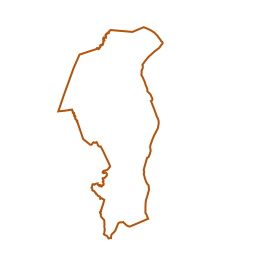 Pakxane, Bolikhamxai, Laos (Mercator projection), rotated 251°
{"feature_id": "54806243B37917799339304", "entity_name": "Pakxane", "entity_type": "district", "adm_level": 2, "iso_a3": "LAO", "parent_name": "Laos", "parent_adm1": "Bolikhamxai", "projection": "mercator", "projection_center": [103.742, 18.405], "detail": "fine", "context": "isolated", "style": "outline", "palette": "amber", "viewbox_px": 256, "rotation_deg": 251, "n_neighbors": 0, "source": "geoboundaries", "source_scale": "gbopen_adm2", "svg_char_len": 5157}
<svg xmlns="http://www.w3.org/2000/svg" viewBox="0 0 256 256"><g transform="rotate(251 128 128)"><path d="M35.2,69.9L35.3,70.4L33.1,72.7L32.1,73.2L30.5,73.5L29.8,73.8L29.8,74.8L29.8,76.1L29.7,76.2L31.3,76.9L32.7,77.9L33.2,78.8L33.9,80.7L35.3,82.8L40.2,87.0L41.1,87.9L41.4,88.8L41.4,89.7L41.3,90.1L41.0,90.6L40.9,90.8L40.8,92.2L40.6,92.9L39.4,93.3L37.8,94.3L36.4,95.0L35.1,96.2L34.2,97.7L35.6,117.5L40.9,117.2L41.9,116.8L47.1,118.6L50.3,119.8L53.2,121.1L54.6,122.0L56.5,123.5L59.0,125.2L60.2,125.9L60.7,126.4L62.4,127.5L63.3,127.9L66.8,128.7L67.3,128.7L67.6,128.7L67.8,128.6L68.6,128.1L71.5,127.6L75.7,127.6L77.1,127.8L79.7,128.0L80.2,128.5L81.1,129.0L81.8,129.1L83.0,129.1L85.7,130.8L89.1,133.2L93.7,136.4L93.6,137.0L93.8,137.9L94.5,138.6L96.5,140.3L98.6,141.8L99.5,142.1L100.2,142.3L101.1,142.4L102.3,142.6L104.0,143.3L105.9,144.7L109.4,147.5L112.8,150.6L118.2,156.3L121.9,158.3L123.5,158.9L125.2,159.3L127.6,159.3L129.6,159.0L136.9,158.9L144.3,158.6L146.1,158.5L146.3,159.8L146.7,160.2L147.5,160.5L149.0,160.5L152.6,160.1L153.2,159.9L156.2,158.3L157.1,158.5L158.5,159.0L163.1,158.7L166.8,158.8L171.6,158.3L173.1,158.1L173.8,157.9L176.0,158.9L177.1,159.3L177.7,159.4L178.9,160.7L180.1,161.5L181.7,162.2L182.9,162.1L184.0,163.5L186.1,166.6L188.7,170.8L191.7,177.9L193.7,183.9L195.4,186.0L196.3,187.8L197.2,188.5L198.3,188.4L199.4,187.6L200.7,187.4L205.7,185.8L209.5,184.0L212.8,181.5L215.9,178.3L218.2,175.6L217.4,163.5L226.3,143.4L225.6,142.1L225.5,141.4L225.3,141.0L225.2,140.9L225.1,141.3L224.5,141.0L224.2,140.9L224.0,140.6L224.1,140.3L224.1,140.2L224.2,139.9L224.0,139.6L224.0,139.3L224.2,139.1L224.0,138.9L224.1,138.6L223.9,138.4L224.0,138.1L223.9,138.0L223.7,137.9L223.4,137.9L223.3,137.7L223.5,137.5L223.4,137.3L223.2,137.4L222.9,137.2L222.8,136.9L222.3,136.9L221.8,137.1L221.5,137.0L221.2,136.9L221.2,136.2L220.8,136.2L220.7,136.2L220.9,135.8L220.8,135.6L220.9,135.4L221.3,135.0L221.5,134.7L221.4,134.4L221.2,134.0L221.0,133.9L220.7,134.0L220.4,133.9L220.1,133.5L219.9,133.5L219.7,133.7L219.6,134.2L219.1,134.2L219.6,133.5L219.6,133.4L218.8,133.2L218.7,133.4L218.6,133.7L218.6,133.8L218.4,133.8L218.2,133.6L218.2,133.4L218.0,133.1L217.7,132.7L217.3,132.6L216.6,132.6L216.1,131.8L215.5,131.7L215.2,131.5L214.9,131.2L214.8,130.9L214.9,130.7L215.2,130.6L215.3,130.6L215.4,130.4L215.2,129.9L214.7,129.7L214.8,129.4L215.0,129.3L215.2,129.1L215.3,129.0L215.2,128.8L215.1,128.6L214.5,128.6L214.3,128.4L214.1,128.3L213.9,128.1L213.6,128.1L213.4,127.9L213.6,127.5L213.5,127.2L213.3,127.1L213.0,126.9L212.9,126.6L212.5,126.6L212.4,126.6L212.3,126.3L212.5,126.0L212.3,125.7L212.5,125.5L213.1,125.4L213.6,125.0L213.7,124.8L213.1,124.0L212.9,123.8L213.2,106.1L202.6,96.3L190.2,86.3L181.3,79.1L166.4,67.5L164.7,74.9L163.7,81.0L162.4,81.0L162.0,81.2L161.6,81.0L161.2,81.1L160.8,80.9L160.6,80.8L160.3,81.0L160.1,80.9L159.9,81.0L160.0,81.1L159.9,81.1L159.6,81.3L159.7,81.6L159.7,81.8L159.2,81.8L158.9,81.8L158.7,81.8L158.6,81.6L158.7,81.4L158.4,81.3L158.4,81.5L157.7,81.5L157.4,81.5L156.7,81.2L156.6,81.7L156.5,81.8L156.4,81.9L156.1,81.8L155.9,81.9L155.8,81.7L155.0,81.4L154.9,81.4L154.6,81.3L154.1,81.1L153.9,81.2L153.6,81.2L153.4,81.5L153.2,81.6L152.9,81.6L152.6,81.7L152.4,81.9L152.2,82.0L151.9,82.2L151.7,81.8L150.8,81.8L150.6,82.1L150.2,81.9L149.9,82.1L132.2,82.0L124.5,86.8L124.1,87.8L124.3,88.6L125.2,89.6L125.5,90.1L125.6,91.1L125.1,91.5L124.7,91.9L124.9,93.6L124.1,93.9L121.2,94.0L120.0,94.7L119.6,95.3L119.4,96.1L114.8,96.9L108.2,97.6L102.3,98.3L97.8,98.6L97.3,98.5L97.2,98.3L97.2,98.1L96.7,97.3L96.6,97.1L96.4,97.0L95.9,96.2L95.3,95.1L95.2,94.7L95.1,93.6L95.2,93.0L95.3,92.8L95.4,91.0L94.7,89.9L94.5,89.6L94.1,89.5L93.8,89.6L93.5,89.9L93.2,90.2L93.2,92.1L92.8,92.6L92.3,93.0L92.0,93.1L91.5,93.1L90.6,92.7L90.3,92.7L90.2,92.6L89.4,91.8L89.3,91.6L89.2,91.3L89.2,91.1L88.8,90.3L88.3,89.6L88.3,89.2L88.3,88.8L88.5,88.3L88.8,87.9L88.7,87.6L88.4,87.5L86.9,87.6L86.2,87.8L86.0,87.7L85.6,87.5L85.5,87.2L85.5,86.8L85.3,86.6L84.9,86.6L83.4,86.9L83.1,86.9L82.5,86.5L82.1,86.2L82.0,85.9L82.3,85.1L82.3,84.9L82.2,84.7L81.2,84.2L81.2,83.9L81.3,83.6L81.6,83.3L81.9,83.2L82.9,83.2L83.3,83.0L83.4,82.8L83.4,82.6L82.8,82.2L82.7,82.0L82.8,82.0L83.2,81.8L83.5,81.5L83.9,81.2L84.5,81.0L84.8,81.0L85.3,81.1L85.5,81.2L85.7,79.8L85.7,79.1L85.6,78.7L85.3,78.1L85.3,77.9L86.0,77.3L86.1,77.0L86.3,76.2L86.2,76.0L85.4,75.7L85.2,75.6L84.8,75.1L84.2,74.8L83.9,74.4L83.5,74.1L83.1,74.1L82.8,74.4L82.4,74.5L82.0,74.4L81.0,74.0L80.9,74.0L80.6,74.2L80.4,74.4L80.2,74.4L80.0,74.6L79.6,75.3L79.1,75.6L77.5,76.0L76.9,76.4L76.1,76.4L75.7,76.8L75.0,77.2L74.4,77.3L73.8,77.4L73.5,77.8L72.9,78.5L72.4,78.9L72.1,79.1L71.8,79.2L71.4,79.2L71.0,79.0L70.7,78.8L70.3,78.6L70.1,78.6L70.0,78.8L70.1,79.8L70.1,80.0L70.1,80.3L69.3,80.8L69.0,81.0L68.7,81.4L68.5,81.7L67.9,82.2L66.7,81.4L65.3,80.5L64.9,80.2L64.3,79.8L63.4,79.2L62.7,78.5L62.0,78.1L60.9,77.3L60.5,76.9L59.9,76.6L59.7,76.5L59.6,76.1L59.2,75.9L59.0,75.5L58.4,75.2L58.0,75.3L57.9,75.3L57.9,75.0L57.8,74.4L57.7,74.2L57.4,74.0L57.0,74.0L56.5,74.0L56.0,74.4L55.8,74.4L55.1,74.3L54.8,74.1L54.7,73.9L54.2,73.8L53.4,73.7L52.8,73.7L48.6,75.5L44.6,74.4L42.5,73.5L39.7,73.0L35.9,71.1L35.2,69.9Z" fill="none" stroke="#b45309" stroke-width="2"/></g></svg>